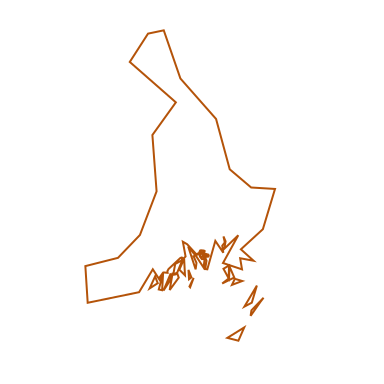 outline of Bulungan, Kalimantan Timur, Indonesia, rotated 111°
{"feature_id": "22746128B10941975158621", "entity_name": "Bulungan", "entity_type": "district", "adm_level": 2, "iso_a3": "IDN", "parent_name": "Indonesia", "parent_adm1": "Kalimantan Timur", "projection": "orthographic", "projection_center": [117.459, 2.847], "detail": "medium", "context": "isolated", "style": "outline", "palette": "amber", "viewbox_px": 384, "rotation_deg": 111, "n_neighbors": 0, "source": "geoboundaries", "source_scale": "gbopen_adm2", "svg_char_len": 1968}
<svg xmlns="http://www.w3.org/2000/svg" viewBox="0 0 384 384"><g transform="rotate(111 192 192)"><path d="M332.8,249.7L304.5,205.5L278.2,200.9L285.8,190.5L282.9,191.5L277.6,190.1L277.2,189.5L276.2,185.8L274.6,186.6L272.3,186.3L257.9,179.3L257.0,178.4L256.8,178.0L256.9,177.4L257.9,177.3L257.6,176.2L254.5,174.9L241.7,182.7L242.5,177.8L248.6,165.6L246.4,163.6L243.8,163.5L243.2,162.8L242.4,159.9L242.6,159.0L243.6,159.0L244.6,160.5L245.7,158.3L247.7,158.6L244.9,157.5L244.6,154.3L245.5,153.5L246.5,153.7L248.0,156.5L251.0,153.8L259.2,152.1L258.7,150.0L229.3,152.7L237.5,141.0L231.3,144.5L227.3,143.3L222.2,146.7L226.0,143.0L233.4,141.5L215.8,133.3L247.2,137.6L246.3,117.6L236.6,123.3L234.1,109.9L228.0,125.8L201.3,112.5L159.4,115.6L166.6,138.4L157.3,164.9L115.2,195.7L90.2,243.5L51.2,276.3L59.9,289.8L92.9,296.7L114.1,239.2L153.0,249.4L204.1,225.3L250.8,225.2L280.0,237.5L299.4,265.0L332.8,249.7ZM314.2,95.4L299.7,94.7L315.5,106.7L314.2,95.4ZM244.3,176.0L262.9,160.9L256.6,162.4L251.4,167.5L250.1,165.9L244.3,176.0ZM273.9,96.5L256.1,97.9L280.2,102.0L273.9,96.5ZM256.7,121.9L248.1,130.3L259.2,126.5L266.6,131.0L256.7,121.9ZM294.4,184.7L277.8,190.0L294.9,188.1L294.4,184.7ZM291.5,177.7L276.7,173.7L272.9,176.9L274.7,177.6L275.9,179.6L275.9,180.1L274.3,181.1L291.5,177.7ZM258.4,154.1L248.6,156.6L250.5,157.2L251.1,158.8L249.4,161.5L247.4,162.0L248.9,165.5L248.6,167.6L258.4,154.1ZM266.0,167.4L274.5,163.5L271.9,162.0L266.0,167.4ZM286.6,92.9L270.2,88.8L265.1,87.3L281.2,94.1L286.6,92.9ZM264.4,121.4L257.1,113.2L257.7,120.9L264.4,121.4ZM297.2,197.0L289.4,191.3L284.1,196.2L297.2,197.0ZM259.0,176.6L265.2,181.9L275.8,179.9L272.5,176.9L259.0,176.6ZM294.3,183.3L282.1,180.7L275.6,182.7L294.3,183.3ZM257.2,175.4L269.0,176.0L272.3,168.7L257.2,175.4ZM248.5,157.3L245.1,154.1L247.9,158.6L243.7,163.2L249.3,161.3L248.5,157.3ZM252.4,135.1L259.5,126.8L247.3,131.1L252.4,135.1ZM271.6,159.7L281.1,160.5L281.6,159.6L271.6,159.7Z" fill="none" stroke="#b45309" stroke-width="2"/></g></svg>